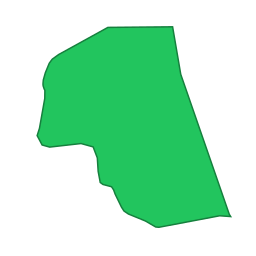 SVG path tracing the border of Saint Elizabeth, rotated 353°
{"feature_id": "JAM-1373", "entity_name": "Saint Elizabeth", "entity_type": "Parish", "adm_level": 1, "iso_a3": "JAM", "parent_name": "Jamaica", "parent_adm1": "", "projection": "natural_earth1", "projection_center": [-77.826, 18.044], "detail": "fine", "context": "isolated", "style": "filled", "palette": "green", "viewbox_px": 256, "rotation_deg": 353, "n_neighbors": 0, "source": "natural_earth", "source_scale": "10m", "svg_char_len": 590}
<svg xmlns="http://www.w3.org/2000/svg" viewBox="0 0 256 256"><g transform="rotate(353 128 128)"><path d="M219.1,228.4L208.3,226.3L146.5,230.3L143.4,229.6L133.9,222.4L117.9,213.4L113.9,209.9L111.9,205.8L107.2,192.1L106.2,187.7L104.5,184.3L96.3,181.0L93.8,178.7L93.1,167.4L93.9,153.9L91.1,142.5L79.5,137.7L47.9,137.4L40.7,134.4L36.9,124.5L40.1,117.5L49.0,88.5L50.1,80.5L49.6,79.2L49.0,76.4L48.9,74.9L49.1,73.3L49.8,70.0L52.7,63.1L57.7,54.2L59.8,51.9L61.3,50.4L68.2,46.6L120.3,25.7L184.6,33.0L186.9,81.2L218.0,226.0L219.1,228.4Z" fill="#22c55e" stroke="#15803d" stroke-width="1.5"/></g></svg>